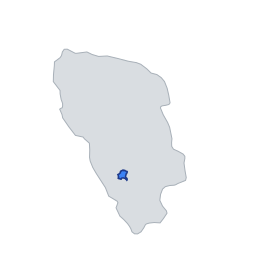 location of Silambi, Mongar, Bhutan, rotated 63°
{"feature_id": "84629894B22017892255208", "entity_name": "Silambi", "entity_type": "district", "adm_level": 2, "iso_a3": "BTN", "parent_name": "Bhutan", "parent_adm1": "Mongar", "projection": "orthographic", "projection_center": [91.084, 27.121], "detail": "fine", "context": "in_parent", "style": "filled", "palette": "blue", "viewbox_px": 256, "rotation_deg": 63, "n_neighbors": 0, "source": "geoboundaries", "source_scale": "gbopen_adm2", "svg_char_len": 3217}
<svg xmlns="http://www.w3.org/2000/svg" viewBox="0 0 256 256"><g transform="rotate(63 128 128)"><path d="M200.2,111.4L199.9,112.9L198.2,116.9L197.2,121.3L198.1,124.9L201.9,129.1L206.9,132.5L213.3,132.7L219.2,131.4L221.6,131.9L224.8,137.6L227.1,142.5L224.1,147.6L222.4,152.1L221.8,155.2L222.2,156.6L224.1,159.2L226.4,163.5L226.7,167.5L225.3,170.2L222.3,171.6L219.0,171.2L216.4,171.3L213.0,171.8L207.8,173.3L202.9,175.2L193.7,174.9L190.0,170.9L188.3,170.9L180.0,176.1L170.9,175.2L154.3,176.9L147.4,177.3L140.3,176.7L136.7,175.6L130.1,172.0L124.0,169.3L117.9,171.7L115.7,172.1L110.7,178.2L100.0,180.2L89.3,181.6L86.2,180.7L80.2,180.3L80.0,178.8L80.1,177.4L78.8,176.3L76.4,175.1L72.2,174.6L66.8,173.0L63.7,171.5L52.8,173.5L46.5,170.1L39.3,165.5L35.7,163.5L34.5,156.5L33.2,154.3L30.4,151.9L28.9,149.1L30.2,146.3L37.5,141.1L38.1,139.9L41.6,130.1L46.2,126.6L50.9,121.7L54.4,113.8L61.2,105.8L68.5,97.6L73.6,90.8L77.0,87.7L83.8,84.4L89.5,82.5L93.5,78.0L98.3,75.5L103.2,74.4L110.4,75.1L117.2,76.8L124.7,79.1L125.6,80.9L124.9,84.1L123.8,87.4L123.8,89.0L124.9,90.0L132.2,90.6L141.2,90.2L146.3,90.6L157.5,93.7L160.8,95.8L164.2,97.4L167.5,97.1L171.8,93.7L176.3,90.7L179.0,90.2L181.0,91.2L184.6,94.0L192.0,96.6L198.6,98.6L200.8,100.5L200.1,108.6L200.2,111.4Z" fill="#d9dde1" stroke="#a8b0b8" stroke-width="1"/><path d="M164.9,158.2L165.0,158.2L165.3,158.1L165.5,158.1L165.8,158.2L165.9,158.3L166.1,158.3L166.4,158.5L166.5,158.5L166.9,158.5L167.0,158.6L167.4,158.6L167.5,158.6L167.8,158.8L167.9,159.1L168.0,159.4L168.2,159.5L168.3,159.6L168.5,159.5L168.6,159.4L168.8,159.3L168.8,159.2L169.0,159.0L169.2,158.9L169.2,158.7L169.3,158.6L169.4,158.4L169.5,158.4L169.8,158.1L170.1,157.9L170.3,157.7L170.5,157.4L170.5,157.2L170.4,157.1L170.1,156.8L170.0,156.7L169.9,156.7L169.8,156.4L169.8,156.2L169.9,155.8L170.0,155.6L170.1,155.4L170.2,155.2L170.3,154.8L170.6,154.5L170.8,154.4L171.1,154.2L171.4,153.8L171.5,153.7L171.7,153.4L171.8,153.3L171.9,153.2L172.1,153.2L172.5,153.2L172.8,153.2L173.0,153.0L173.3,152.9L173.6,152.8L173.8,152.8L173.9,152.7L174.0,152.7L173.9,152.4L173.7,152.3L173.6,152.2L173.4,152.1L173.2,152.0L173.0,151.9L172.8,151.9L172.7,151.9L172.4,151.8L172.2,152.0L171.9,152.1L171.7,152.1L171.4,152.2L171.2,152.3L170.9,152.4L170.7,152.5L170.5,152.4L170.4,152.4L170.2,152.3L170.1,152.2L169.9,152.0L169.8,151.9L169.7,151.8L169.4,151.7L169.2,151.6L169.1,151.4L169.0,151.2L168.9,151.1L168.7,151.0L168.2,150.7L168.1,150.4L168.1,150.2L167.9,150.1L167.8,149.8L167.7,149.8L167.7,149.6L167.6,149.4L167.4,149.3L167.2,149.1L167.0,148.7L166.9,148.6L166.7,148.5L166.2,148.6L166.0,148.8L165.9,148.9L165.7,149.3L165.3,149.6L164.8,149.9L164.5,150.0L164.2,150.1L164.2,150.5L164.2,150.9L164.2,151.0L163.9,151.0L163.7,151.1L163.4,151.2L163.3,151.4L163.3,151.5L163.2,151.8L163.1,152.0L163.2,152.3L163.3,152.5L163.3,152.8L163.3,153.1L163.2,153.2L163.3,153.3L163.2,153.4L163.2,153.5L163.2,153.8L163.1,154.0L163.2,154.3L163.3,154.4L163.4,154.5L163.5,154.5L163.7,154.8L163.8,154.9L164.0,154.9L164.1,155.0L164.3,155.0L164.5,155.1L164.5,155.3L164.6,155.5L164.6,155.8L164.6,156.0L164.8,156.5L165.0,156.8L164.9,157.0L164.9,157.3L164.8,157.5L165.0,157.8L165.0,158.0L164.9,158.1L164.9,158.2Z" fill="#3b82f6" stroke="#1e3a8a" stroke-width="1.5"/></g></svg>